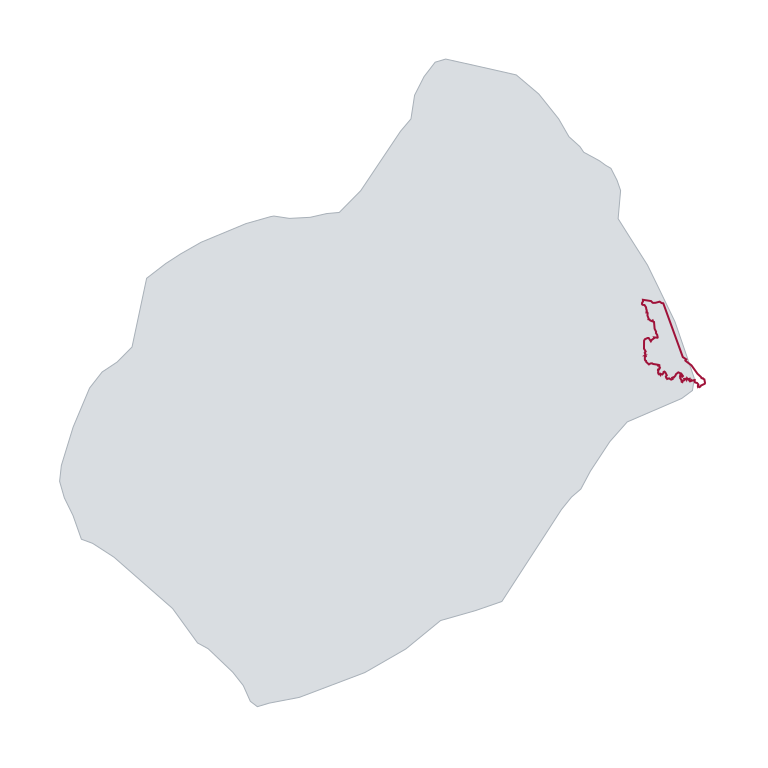 Qibing, Mafeteng, Lesotho (highlighted), rotated 182°
{"feature_id": "5366337B9328437172826", "entity_name": "Qibing", "entity_type": "district", "adm_level": 2, "iso_a3": "LSO", "parent_name": "Lesotho", "parent_adm1": "Mafeteng", "projection": "robinson", "projection_center": [27.156, -29.771], "detail": "medium", "context": "in_parent", "style": "outline", "palette": "rose", "viewbox_px": 768, "rotation_deg": 182, "n_neighbors": 0, "source": "geoboundaries", "source_scale": "gbopen_adm2", "svg_char_len": 2881}
<svg xmlns="http://www.w3.org/2000/svg" viewBox="0 0 768 768"><g transform="rotate(182 384 384)"><path d="M527.5,539.5L503.2,547.3L499.9,548.0L484.3,546.2L463.6,548.0L447.3,552.3L434.7,553.9L414.0,576.4L376.3,637.2L366.3,649.9L363.5,673.7L354.7,692.6L344.1,707.4L333.7,710.9L302.5,705.1L262.6,697.5L239.4,679.2L218.7,655.1L207.8,637.6L196.4,628.0L192.5,622.6L176.3,614.5L170.1,610.3L164.7,607.4L158.2,595.7L154.3,585.6L155.8,557.4L144.4,540.6L124.8,512.0L112.3,488.5L95.4,456.4L84.9,429.0L74.1,400.5L75.5,388.3L85.9,380.0L116.1,365.7L139.6,354.6L156.3,334.3L174.7,304.1L183.6,285.9L192.6,277.6L202.3,264.7L219.3,236.3L238.3,204.7L258.6,170.8L284.2,160.9L319.2,149.6L352.9,120.0L393.0,95.0L457.6,67.9L487.8,61.0L499.3,57.1L506.5,62.2L514.1,77.7L525.1,90.7L550.5,113.3L561.3,118.7L587.4,152.2L615.5,175.1L647.8,201.5L669.7,214.6L681.0,218.3L690.2,241.7L699.5,259.1L704.8,275.4L703.6,291.3L693.2,330.0L678.1,369.7L666.1,386.2L651.5,396.6L637.1,412.2L631.5,444.0L624.9,481.4L606.3,496.8L591.8,506.9L571.7,519.3L527.5,539.5Z" fill="#d9dde1" stroke="#a8b0b8" stroke-width="1"/><path d="M128.2,477.2L128.0,475.6L128.9,474.2L129.0,472.9L128.4,472.2L126.4,472.0L124.8,469.8L124.5,467.9L124.0,466.9L124.2,464.7L123.4,464.8L123.0,464.1L123.1,461.6L121.9,458.8L122.0,457.9L120.9,457.7L120.2,456.8L118.6,456.2L117.7,456.9L117.2,455.7L116.3,455.4L115.5,448.7L113.9,445.7L114.0,444.4L112.7,442.6L112.1,440.2L112.3,439.8L115.6,440.0L115.3,439.5L118.1,437.3L118.8,436.0L121.1,439.2L122.1,439.2L124.9,437.8L125.6,436.3L125.4,428.4L123.7,425.8L124.1,425.5L124.0,424.1L124.4,424.0L123.7,422.1L124.2,421.7L123.8,421.7L124.1,421.4L123.5,420.7L124.2,420.3L124.2,418.0L123.8,416.7L122.9,416.3L122.7,415.2L119.9,412.8L118.5,413.8L116.8,414.0L115.8,413.4L111.6,412.9L110.9,412.1L110.4,412.7L109.5,412.5L109.3,410.6L108.9,410.2L109.2,409.8L109.0,409.2L109.6,408.3L110.4,408.3L110.7,407.9L110.7,407.1L110.3,406.8L110.5,404.9L110.1,403.8L109.6,403.3L108.8,403.6L108.2,402.9L108.1,403.9L106.3,403.2L105.3,404.3L105.0,405.8L104.2,406.2L103.3,405.5L101.7,402.6L102.6,401.4L102.2,400.0L101.5,399.7L101.2,398.9L99.3,399.6L97.2,398.4L95.8,399.0L96.2,400.2L95.0,400.4L95.0,400.9L94.3,401.0L93.0,402.6L92.6,403.9L90.3,405.9L88.0,405.0L88.2,403.4L87.1,404.5L85.5,402.4L86.0,401.8L86.7,402.5L87.2,402.3L88.2,400.3L86.9,398.3L86.6,396.6L85.9,396.3L85.4,397.9L84.4,398.0L83.5,398.8L84.0,399.6L82.0,399.9L81.7,399.2L81.4,400.3L80.7,399.4L79.2,399.8L79.5,398.8L78.3,397.3L77.5,397.6L77.2,398.8L76.3,398.1L73.6,398.8L73.6,397.1L73.2,396.4L71.2,396.0L69.8,394.5L70.3,392.9L70.1,392.2L69.5,392.8L68.7,391.9L67.8,392.4L67.2,393.5L63.5,395.4L63.2,396.2L64.0,399.8L65.5,400.5L65.6,400.9L66.9,400.9L67.4,402.0L71.1,405.2L77.4,413.4L83.5,417.7L83.7,418.1L82.8,419.2L86.3,421.3L107.7,474.4L109.4,474.6L111.4,475.9L115.6,474.6L117.7,474.5L118.4,474.6L120.0,476.2L128.2,477.2Z" fill="none" stroke="#9f1239" stroke-width="2"/></g></svg>